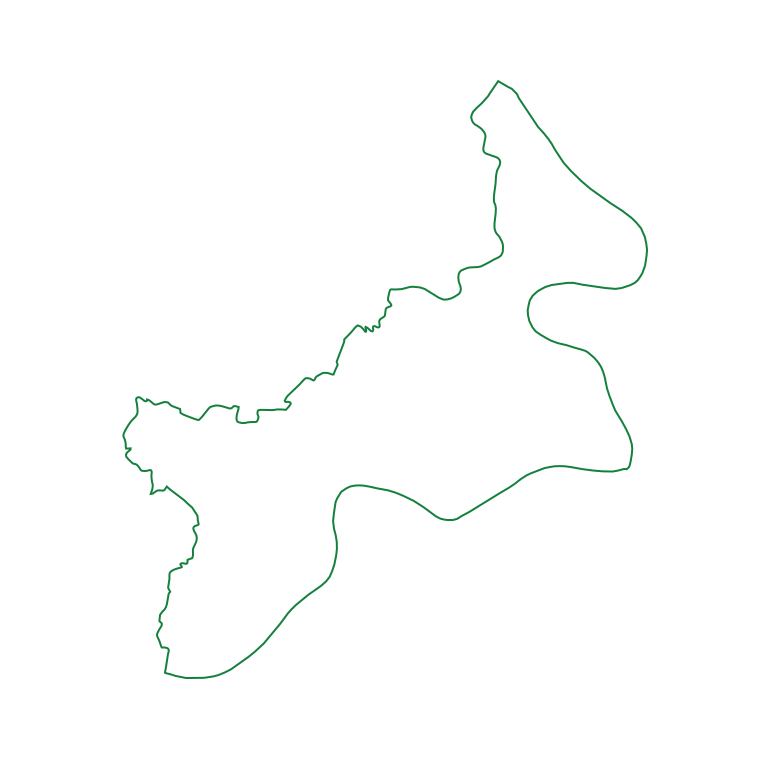 Can Duoc, Long An, Vietnam, rotated 276°
{"feature_id": "81297802B37514703849012", "entity_name": "Can Duoc", "entity_type": "district", "adm_level": 2, "iso_a3": "VNM", "parent_name": "Vietnam", "parent_adm1": "Long An", "projection": "albers", "projection_center": [106.601, 10.538], "detail": "fine", "context": "isolated", "style": "outline", "palette": "green", "viewbox_px": 768, "rotation_deg": 276, "n_neighbors": 0, "source": "geoboundaries", "source_scale": "gbopen_adm2", "svg_char_len": 6144}
<svg xmlns="http://www.w3.org/2000/svg" viewBox="0 0 768 768"><g transform="rotate(276 384 384)"><path d="M73.0,235.9L75.4,245.1L77.2,249.7L80.3,255.5L84.2,261.6L98.5,277.8L104.3,283.6L113.3,291.5L134.8,305.9L145.7,312.3L149.8,315.2L154.9,319.4L166.5,330.8L176.5,342.3L181.7,347.1L186.7,350.2L193.0,352.1L199.5,353.5L209.1,354.4L215.0,354.4L221.7,353.6L228.2,351.9L234.6,349.5L242.2,347.7L250.4,347.7L261.4,348.2L265.2,349.3L272.3,352.7L276.4,357.6L278.5,361.1L279.8,365.1L280.6,369.9L280.8,374.3L280.4,380.6L279.5,388.2L278.7,398.9L277.2,406.7L275.1,414.0L270.9,425.7L265.8,435.9L257.8,449.5L256.0,454.1L255.4,458.6L255.4,461.3L255.9,466.7L257.5,470.8L261.0,475.3L265.7,482.2L286.9,509.7L293.6,518.7L298.4,524.5L303.7,529.9L308.2,535.6L310.4,539.2L317.0,552.1L318.7,557.3L320.0,562.2L320.7,567.4L321.1,572.6L320.9,578.9L320.1,589.9L319.8,600.9L320.0,610.6L320.9,620.8L322.4,625.9L324.5,631.4L324.7,632.8L324.6,634.3L325.1,634.6L326.2,635.7L327.3,636.5L329.6,637.0L333.2,637.4L339.8,637.8L345.3,637.7L350.1,636.7L357.2,633.8L364.4,629.5L372.1,624.2L381.7,616.8L388.1,613.3L396.3,609.2L403.0,606.2L413.6,602.9L418.5,600.9L423.7,598.1L427.9,594.7L431.9,590.5L436.6,583.7L437.9,581.1L438.9,576.5L440.2,568.9L441.7,561.5L442.8,552.7L444.6,545.4L446.9,539.9L449.7,533.8L452.3,529.2L455.8,525.8L461.7,522.0L467.6,520.0L472.5,519.2L477.7,519.6L482.5,520.3L487.5,522.7L492.6,527.4L497.3,534.2L500.0,540.5L503.7,555.7L504.4,561.7L503.5,571.3L502.6,594.0L502.8,604.2L504.2,610.0L507.9,618.4L511.1,623.2L513.9,625.6L517.7,627.7L521.4,629.4L529.2,631.3L539.0,631.7L544.8,631.6L551.3,630.1L557.6,628.0L565.7,623.4L570.8,618.2L575.0,612.9L581.0,603.1L587.9,589.6L599.7,568.9L606.4,559.1L615.3,547.8L622.7,539.6L635.2,529.3L640.1,525.9L644.8,521.9L649.9,516.9L655.7,510.4L682.4,488.2L686.2,486.0L690.9,480.3L692.9,475.2L697.1,465.9L684.6,459.1L681.2,457.5L673.3,451.8L668.5,447.5L664.3,444.3L661.1,443.1L658.5,442.8L655.4,443.9L653.4,445.2L651.8,447.0L650.1,450.6L648.0,454.2L644.8,457.4L642.2,458.8L640.4,459.1L629.0,458.1L626.9,458.4L625.8,458.9L624.7,459.8L623.8,461.4L621.2,472.4L620.2,474.3L618.6,475.7L616.7,476.4L613.6,476.2L608.9,474.4L606.9,474.0L602.9,473.7L594.4,474.0L584.5,473.7L580.3,473.8L576.6,474.4L573.4,476.1L570.3,476.9L565.8,477.2L555.3,477.1L550.5,477.6L548.4,478.4L546.6,479.3L545.1,480.5L542.9,483.0L538.6,486.0L535.8,487.4L533.0,488.0L528.0,488.3L525.8,487.7L524.2,487.0L523.0,486.0L521.3,483.7L519.4,480.5L516.5,476.5L511.1,468.2L510.1,465.0L509.0,457.8L508.3,455.2L506.4,451.4L504.8,448.7L503.1,447.5L501.4,446.9L498.3,446.7L494.6,447.4L492.0,448.4L489.5,449.7L486.7,450.5L483.9,450.3L482.1,449.6L480.6,448.1L477.9,444.7L476.0,441.5L474.8,438.4L474.3,435.6L474.3,433.7L475.5,429.6L482.7,414.7L483.6,410.9L483.8,408.8L483.8,403.4L483.3,399.9L480.1,391.3L479.1,384.7L478.9,381.3L478.3,380.4L476.9,379.9L471.6,379.2L469.2,379.1L467.6,379.3L464.4,382.4L463.1,383.1L462.3,382.7L461.6,381.8L460.9,380.1L460.2,379.0L459.3,378.2L458.3,377.9L453.4,377.8L451.7,377.6L450.6,376.6L448.2,373.6L446.9,372.9L445.4,372.7L441.2,373.7L440.1,373.3L439.6,372.4L439.7,371.2L440.6,368.9L440.3,367.5L439.8,367.2L438.9,367.2L437.0,367.6L435.4,367.3L435.1,367.0L435.3,365.5L438.1,361.7L438.9,359.8L438.4,359.6L435.4,360.7L434.4,360.7L434.0,360.4L434.3,359.5L436.3,357.8L438.7,354.8L439.5,351.7L437.7,349.8L431.7,345.7L424.1,339.8L422.5,340.0L420.6,339.7L401.3,334.6L398.3,335.9L392.1,333.9L388.2,332.8L388.0,332.0L389.1,326.8L388.9,323.8L388.6,322.0L384.8,316.6L383.5,315.4L381.1,314.6L380.2,313.7L380.3,312.9L381.6,309.9L381.8,307.5L381.5,305.4L380.4,304.3L374.3,299.7L362.4,289.6L359.6,287.9L358.0,287.5L357.2,287.0L356.4,287.3L355.9,288.2L355.8,288.9L356.3,290.1L356.1,292.2L355.1,293.3L353.7,293.0L351.1,291.4L348.0,289.0L348.0,285.5L347.6,280.8L346.4,276.0L345.4,264.0L344.8,261.9L344.4,261.5L343.2,261.2L341.5,261.2L339.6,261.9L338.4,262.6L336.9,262.6L334.4,262.0L333.5,261.5L332.9,260.7L332.2,255.5L331.5,252.0L330.9,250.6L330.3,247.1L330.8,243.2L331.3,242.1L333.2,241.1L335.2,240.8L338.2,240.9L343.4,241.8L345.9,241.9L346.3,239.8L346.4,237.9L346.2,236.8L344.6,235.5L343.8,234.5L343.5,233.2L345.0,225.0L345.3,221.7L345.0,218.8L343.2,214.0L342.3,213.0L341.0,212.0L332.7,206.7L329.1,203.9L328.8,203.0L329.3,199.9L331.6,191.1L332.5,188.0L333.9,184.7L337.8,183.8L339.7,176.3L340.6,174.1L342.9,171.3L343.2,169.1L343.1,167.3L339.9,160.2L339.6,158.6L339.9,157.2L343.2,152.4L343.8,150.1L343.3,150.2L342.6,150.1L342.1,149.3L341.9,148.6L342.0,147.8L344.8,143.2L345.1,142.3L345.2,141.6L345.1,140.7L344.6,140.0L343.8,139.2L342.2,139.1L338.2,140.4L334.0,141.3L331.3,141.8L329.2,141.8L327.2,141.2L325.5,140.3L320.6,136.4L316.3,134.0L310.8,131.5L307.6,130.4L306.3,130.2L304.9,130.3L303.2,131.1L301.8,132.0L298.4,133.2L294.4,133.8L292.8,134.3L293.5,138.7L292.2,138.7L289.5,136.1L288.3,135.3L287.0,134.8L284.8,135.2L282.4,137.7L279.0,142.1L278.5,143.3L278.4,144.9L277.9,146.6L275.8,148.9L273.3,150.8L272.4,152.2L272.5,156.0L274.0,160.5L273.7,161.4L273.2,161.8L272.3,162.2L268.2,162.3L265.4,162.8L262.5,163.5L259.5,164.6L256.8,164.7L254.9,164.5L250.3,163.5L250.7,165.2L252.3,167.2L253.8,168.8L254.5,170.1L254.8,172.3L254.8,175.1L254.9,175.6L255.6,176.7L259.3,178.7L256.9,182.0L248.0,196.7L243.6,202.5L241.1,206.1L234.2,211.7L233.0,212.4L229.3,213.0L225.3,214.3L224.8,214.2L224.4,213.9L222.9,210.6L222.1,209.9L221.1,209.5L219.8,209.6L218.1,210.4L216.2,211.8L214.0,213.1L211.8,213.9L209.0,213.9L207.1,213.6L200.6,211.4L199.0,211.3L194.0,211.9L192.9,211.9L190.7,211.4L188.7,207.1L185.4,207.1L184.9,206.8L184.5,206.2L184.7,202.4L184.5,201.4L184.1,200.7L183.7,200.4L183.1,200.4L181.3,202.0L180.9,202.1L180.3,201.4L179.1,198.2L177.6,194.9L176.0,192.5L174.6,191.1L173.3,190.6L170.8,190.6L168.0,191.0L159.4,190.6L158.2,190.9L155.0,193.1L153.0,191.8L142.7,191.1L139.3,190.5L136.4,189.1L135.0,187.8L132.0,185.9L130.7,185.4L124.9,185.4L124.4,185.7L123.1,187.6L122.3,188.1L120.4,188.1L116.0,186.0L112.8,184.8L111.1,184.4L109.4,184.8L105.1,187.4L99.8,189.8L98.8,190.5L98.8,192.0L99.1,193.2L98.7,196.0L98.4,196.7L97.2,197.7L95.3,197.8L92.7,197.4L79.8,196.8L74.0,196.3L73.7,196.9L72.9,202.5L71.9,207.2L70.9,218.0L73.0,235.9Z" fill="none" stroke="#15803d" stroke-width="2"/></g></svg>